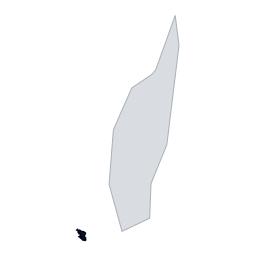 Ngerkebesang, Palau shown in context
{"feature_id": "81905179B69060738119315", "entity_name": "Ngerkebesang", "entity_type": "district", "adm_level": 2, "iso_a3": "PLW", "parent_name": "Palau", "parent_adm1": "", "projection": "equal_earth", "projection_center": [134.445, 7.355], "detail": "fine", "context": "in_parent", "style": "filled", "palette": "ink", "viewbox_px": 256, "rotation_deg": 0, "n_neighbors": 0, "source": "geoboundaries", "source_scale": "gbopen_adm2", "svg_char_len": 2315}
<svg xmlns="http://www.w3.org/2000/svg" viewBox="0 0 256 256"><path d="M149.7,218.2L122.0,231.3L109.1,184.3L113.4,129.8L131.7,88.0L151.7,74.5L155.8,69.7L175.2,15.4L179.0,45.4L166.8,144.9L151.0,183.6L149.7,218.2Z" fill="#d9dde1" stroke="#a8b0b8" stroke-width="1"/><path d="M85.3,233.0L85.2,233.0L85.0,232.9L84.9,232.9L84.8,232.7L84.7,232.6L84.6,232.4L84.3,232.4L84.2,232.4L84.2,232.2L83.7,231.8L83.4,231.7L83.4,231.8L83.2,232.0L83.0,231.9L82.8,231.8L82.8,231.7L82.7,231.7L82.3,231.6L82.2,231.6L81.9,231.5L81.6,231.6L81.2,231.4L81.0,231.2L80.9,231.1L80.7,230.9L80.4,230.8L80.3,230.7L80.2,230.6L80.0,230.4L79.9,230.3L79.6,230.2L79.4,230.2L79.2,230.2L79.0,230.3L78.9,230.3L78.8,230.2L78.6,230.1L78.2,230.2L77.9,230.1L77.8,230.3L78.0,230.4L78.1,230.5L78.1,230.8L78.1,231.0L78.0,231.3L78.1,231.5L78.3,231.9L78.4,232.0L78.2,232.2L78.2,232.3L78.3,232.4L78.4,232.5L78.4,232.8L78.5,232.9L78.8,232.7L79.0,232.7L79.0,232.8L78.9,232.9L78.9,233.0L78.9,233.3L79.0,233.4L79.0,233.5L79.2,233.9L79.3,233.9L79.5,233.9L79.8,233.8L80.0,233.8L80.3,233.8L80.7,233.7L80.8,233.7L80.9,233.9L80.8,234.2L80.8,234.4L80.7,234.5L80.7,234.8L80.7,235.5L80.7,235.8L80.5,235.7L80.5,235.8L80.7,236.0L80.4,236.4L80.3,236.5L80.2,236.6L80.1,236.8L80.1,236.7L79.9,236.6L79.7,236.6L79.6,236.8L79.4,236.8L79.5,236.9L79.5,237.0L79.8,237.1L80.0,237.0L80.0,236.9L80.1,237.0L80.3,237.0L80.3,236.9L80.2,236.9L80.6,236.5L80.8,236.4L81.0,236.4L81.0,236.5L81.3,236.5L81.3,236.4L81.2,236.3L81.2,236.2L81.3,235.9L81.3,236.0L81.3,236.3L81.5,236.0L81.5,235.9L81.7,236.0L81.5,236.4L81.5,237.1L81.5,237.4L81.5,237.5L81.5,237.9L81.4,238.0L81.2,238.1L81.2,238.3L81.3,238.4L81.3,238.5L81.5,238.6L81.8,238.6L81.8,238.8L82.0,239.0L82.1,239.3L82.1,239.5L82.3,239.8L82.5,239.9L82.8,239.8L83.1,239.7L83.2,239.8L83.4,239.8L83.7,239.9L83.7,240.1L84.0,240.1L84.2,240.6L84.2,240.4L84.3,240.3L84.5,240.3L84.9,240.5L85.0,240.5L85.2,240.4L85.4,240.3L85.4,240.2L85.5,240.2L85.7,239.9L85.6,239.7L85.7,239.4L85.6,239.2L85.5,238.9L85.4,238.8L85.4,238.6L85.3,238.4L85.3,238.2L85.7,237.4L85.8,237.3L85.6,237.4L85.6,237.5L84.7,237.2L84.1,236.9L84.8,234.7L85.1,234.0L85.5,233.3L85.5,233.1L85.4,233.0L85.3,233.0ZM77.1,229.6L77.0,229.8L77.3,229.7L77.2,229.5L77.1,229.6ZM80.8,238.2L80.9,238.3L81.0,238.3L81.1,238.2L80.9,238.2L80.8,238.2Z" fill="#0f172a" stroke="#020617" stroke-width="1.5"/></svg>